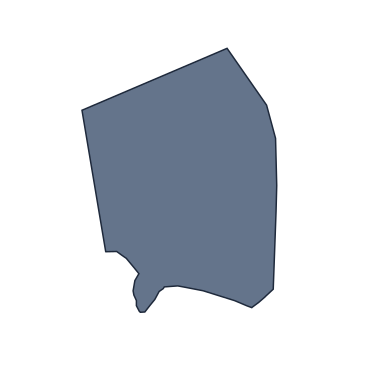 the district of Al-Kharga Oasis, Al Wadi at Jadid, Egypt, rotated 146°
{"feature_id": "37247803B20145410144228", "entity_name": "Al-Kharga Oasis", "entity_type": "district", "adm_level": 2, "iso_a3": "EGY", "parent_name": "Egypt", "parent_adm1": "Al Wadi at Jadid", "projection": "robinson", "projection_center": [32.312, 25.153], "detail": "fine", "context": "isolated", "style": "filled", "palette": "slate", "viewbox_px": 384, "rotation_deg": 146, "n_neighbors": 0, "source": "geoboundaries", "source_scale": "gbopen_adm2", "svg_char_len": 806}
<svg xmlns="http://www.w3.org/2000/svg" viewBox="0 0 384 384"><g transform="rotate(146 192 192)"><path d="M82.6,291.5L237.5,321.3L296.9,190.8L296.4,190.4L287.7,184.8L285.3,178.2L285.2,178.1L285.1,177.8L285.0,177.4L284.8,176.9L283.5,173.6L283.5,173.3L283.5,173.1L283.4,172.1L282.4,162.2L281.7,154.0L288.9,150.5L296.1,143.0L297.8,139.1L298.8,133.1L301.7,128.8L301.7,128.1L301.8,127.9L302.4,122.5L302.4,122.4L302.3,122.2L302.2,122.0L302.2,121.9L302.2,121.7L302.1,121.4L302.1,121.2L298.2,118.9L289.9,121.6L282.9,123.7L274.9,127.9L269.9,128.0L268.0,128.8L256.3,122.1L250.7,116.6L238.0,103.9L217.4,78.1L210.1,66.9L207.1,62.7L206.7,62.8L198.3,63.2L198.2,63.2L190.0,64.2L189.9,64.3L179.0,66.0L133.1,129.0L118.2,149.9L92.7,189.8L81.6,222.3L82.6,291.5Z" fill="#64748b" stroke="#1e293b" stroke-width="1.5"/></g></svg>